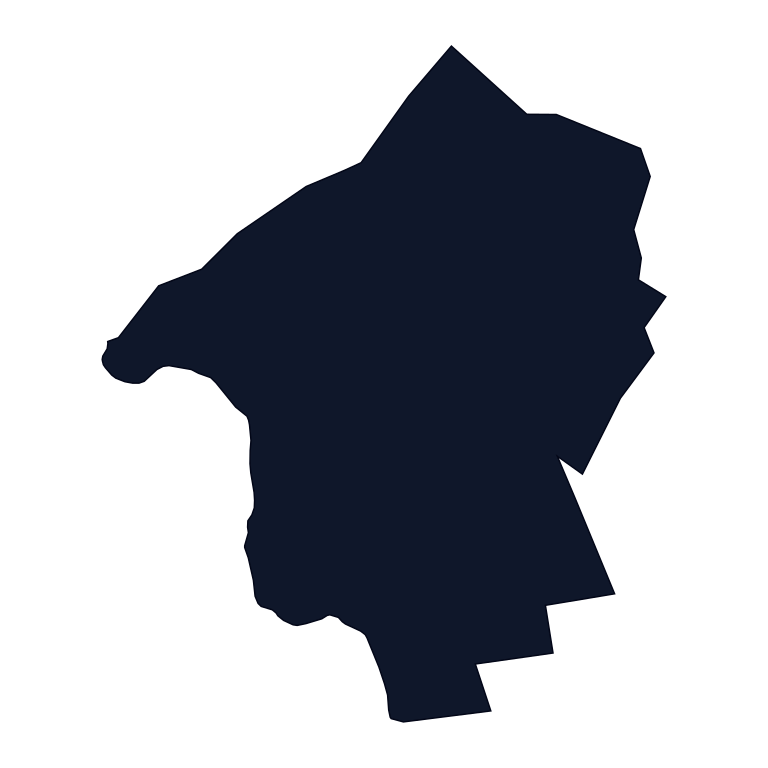 Hunterdon, New Jersey, United States of America
{"feature_id": "52423323B25129931119647", "entity_name": "Hunterdon", "entity_type": "district", "adm_level": 2, "iso_a3": "USA", "parent_name": "United States of America", "parent_adm1": "New Jersey", "projection": "orthographic", "projection_center": [-75.003, 40.564], "detail": "fine", "context": "isolated", "style": "filled", "palette": "ink", "viewbox_px": 768, "rotation_deg": 0, "n_neighbors": 0, "source": "geoboundaries", "source_scale": "gbopen_adm2", "svg_char_len": 1318}
<svg xmlns="http://www.w3.org/2000/svg" viewBox="0 0 768 768"><path d="M614.6,593.8L575.0,498.0L557.3,456.2L582.4,474.1L620.4,398.2L654.0,352.9L644.1,327.6L665.8,296.7L638.4,279.8L641.3,258.0L633.7,229.6L650.2,176.5L640.5,148.6L556.3,114.5L526.8,114.3L451.4,46.1L408.7,96.1L361.1,162.7L344.6,170.3L306.2,186.5L237.3,233.7L201.7,269.2L158.7,285.8L118.4,337.7L107.7,341.5L107.9,343.5L107.2,348.8L102.8,356.1L102.2,359.5L102.5,361.2L103.4,364.7L105.4,367.7L111.8,375.1L115.9,378.2L124.9,381.7L132.5,383.1L139.1,383.1L144.2,381.3L156.9,369.5L163.1,366.3L169.0,365.6L191.3,369.5L198.6,373.3L210.7,377.6L216.0,382.8L235.7,407.1L247.0,416.2L248.6,420.2L249.5,424.8L251.0,440.5L250.2,450.5L250.0,463.7L250.8,472.8L254.1,492.4L254.6,500.4L254.3,507.9L251.9,514.9L247.9,520.8L247.6,527.2L248.4,532.7L244.7,545.7L244.7,547.5L248.3,557.8L253.4,580.3L255.1,596.2L256.0,598.4L258.1,603.4L261.2,606.4L272.3,609.8L274.7,611.8L276.2,613.1L277.7,615.5L277.8,615.7L283.6,620.4L293.1,624.8L297.2,625.4L305.9,623.6L321.8,618.8L327.2,615.4L329.8,614.8L338.4,617.4L342.3,621.7L345.4,624.0L360.5,631.0L365.2,634.6L367.0,637.8L378.4,665.8L378.8,666.7L384.5,683.7L387.6,695.0L388.7,710.0L390.2,717.2L391.2,718.6L403.4,721.9L490.8,710.9L475.3,664.0L553.0,653.0L545.4,605.3L614.6,593.8Z" fill="#0f172a" stroke="#020617" stroke-width="1.5"/></svg>